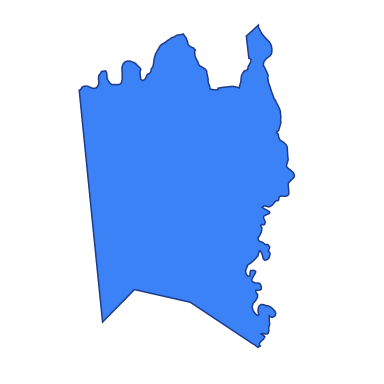 outline of San Pedro Juchatengo, Oaxaca, Mexico, rotated 355°
{"feature_id": "50627088B44061639348759", "entity_name": "San Pedro Juchatengo", "entity_type": "district", "adm_level": 2, "iso_a3": "MEX", "parent_name": "Mexico", "parent_adm1": "Oaxaca", "projection": "robinson", "projection_center": [-97.095, 16.316], "detail": "fine", "context": "isolated", "style": "filled", "palette": "blue", "viewbox_px": 384, "rotation_deg": 355, "n_neighbors": 0, "source": "geoboundaries", "source_scale": "gbopen_adm2", "svg_char_len": 4153}
<svg xmlns="http://www.w3.org/2000/svg" viewBox="0 0 384 384"><g transform="rotate(355 192 192)"><path d="M246.7,351.3L245.8,350.5L245.9,348.9L247.8,346.6L250.2,345.1L252.0,342.5L250.4,340.8L248.5,339.5L250.1,339.0L252.6,339.9L254.3,340.0L255.6,339.3L256.5,337.1L256.5,334.3L257.9,330.4L257.7,326.7L258.2,322.0L259.4,323.2L260.9,324.0L262.7,323.3L264.0,322.5L264.8,320.5L264.4,318.1L261.1,314.0L257.7,311.9L255.8,311.7L253.8,310.5L251.2,310.1L249.3,311.0L248.1,312.9L247.4,315.9L247.7,320.3L245.8,320.5L243.2,316.8L242.4,315.1L241.9,311.5L243.3,308.1L245.6,306.1L248.0,302.7L248.5,300.1L247.7,298.8L246.7,296.6L247.1,295.5L251.1,295.6L252.4,294.9L252.8,292.9L252.4,290.9L251.9,289.5L250.6,288.5L247.1,288.3L245.2,287.0L244.0,286.0L243.7,284.7L245.6,281.7L248.3,277.8L248.5,276.5L247.4,275.7L245.2,275.3L243.5,275.4L242.7,277.5L242.7,279.2L242.4,280.6L240.5,280.9L238.8,278.6L238.4,275.2L241.3,269.4L244.5,267.8L247.8,265.4L251.9,261.7L253.6,257.2L254.5,256.4L255.6,258.0L256.5,260.6L257.2,264.8L258.5,266.3L260.2,266.1L261.7,265.5L262.9,264.5L264.4,260.7L264.1,258.9L262.9,257.8L264.0,255.2L264.6,253.5L263.6,251.8L262.9,250.9L261.0,250.9L259.9,250.3L258.8,249.1L257.6,248.2L254.8,246.9L254.0,245.4L253.6,243.1L254.7,242.6L257.5,238.3L258.0,236.4L258.5,233.8L257.4,231.6L258.4,230.3L259.9,231.0L261.3,230.7L261.9,230.0L262.3,227.9L260.9,223.6L261.4,222.4L262.2,221.8L266.8,220.3L267.6,219.6L267.7,219.0L267.1,218.1L262.2,214.7L260.6,213.5L262.0,212.4L264.1,212.2L266.4,213.4L268.3,213.4L270.8,212.1L273.3,209.5L275.1,208.0L277.0,208.1L277.7,207.4L278.2,204.8L279.5,203.9L282.0,204.0L284.4,204.4L286.8,204.0L288.3,202.4L288.4,200.3L288.5,197.4L288.4,193.6L289.0,191.3L292.1,188.5L293.8,187.3L295.2,185.9L295.5,184.2L295.1,183.0L294.4,181.2L293.1,179.9L291.7,178.5L288.9,175.8L288.3,174.3L288.8,172.8L290.6,168.4L290.5,164.3L290.8,155.7L290.2,153.8L289.2,152.3L287.6,150.5L285.9,149.2L284.3,148.3L283.0,144.1L282.9,141.9L281.3,139.9L283.7,138.2L286.6,130.7L286.6,129.5L286.5,127.3L287.0,125.8L287.0,122.6L287.0,118.9L285.8,114.9L283.8,110.1L283.0,107.6L282.0,106.4L281.0,102.5L279.7,97.8L279.1,94.9L277.7,89.2L277.4,85.1L278.0,82.5L276.9,78.9L274.8,73.2L274.1,72.7L274.4,70.1L275.4,67.9L277.4,65.8L282.0,62.9L283.5,60.5L284.1,57.1L283.8,53.2L283.1,51.2L282.0,49.1L277.9,44.0L275.3,40.3L272.6,33.7L272.7,31.5L259.7,41.4L260.3,63.7L261.6,64.3L262.4,65.7L261.8,67.3L261.6,67.8L259.9,70.5L258.8,72.1L258.1,74.9L256.5,75.6L254.5,76.0L252.6,78.5L251.4,80.6L251.0,82.4L250.7,84.0L250.2,86.5L249.5,88.3L248.1,92.4L247.6,92.1L246.3,91.6L245.1,91.4L243.8,90.8L241.2,90.2L238.8,90.3L236.8,90.4L235.1,90.4L233.7,90.4L230.5,90.5L226.9,90.9L227.0,91.3L227.0,91.7L226.3,92.5L222.5,92.0L221.2,91.6L219.0,91.1L218.9,89.0L218.7,87.3L217.9,85.2L217.7,83.1L217.9,80.3L217.4,76.8L217.1,75.0L217.2,72.8L215.5,70.2L213.5,69.0L212.2,67.8L210.5,66.9L209.5,64.4L209.1,62.5L208.1,60.7L206.9,56.9L206.8,53.4L206.9,51.8L207.8,51.1L207.5,50.6L205.9,48.5L204.5,48.0L202.6,46.6L201.0,44.9L200.8,42.8L200.1,39.9L199.3,37.3L198.2,36.1L197.2,33.8L195.7,34.0L194.3,34.4L191.5,34.3L189.0,35.1L187.8,36.1L185.5,36.3L182.9,38.0L181.1,38.8L179.6,39.8L178.2,40.7L175.4,41.9L173.4,43.3L172.2,44.7L171.3,46.1L170.1,47.8L169.0,49.4L167.8,51.2L167.3,52.5L166.5,54.3L165.5,57.7L165.1,59.6L164.6,61.9L163.8,64.0L162.1,65.8L161.6,68.3L160.8,69.3L160.2,70.1L158.0,70.7L156.8,72.4L155.7,74.9L153.8,76.2L152.4,76.7L150.7,75.0L150.7,72.7L150.6,70.9L150.6,67.8L151.7,65.3L150.7,63.4L149.1,61.8L148.0,60.4L147.1,59.1L145.4,58.0L143.4,57.0L142.0,56.3L138.8,55.9L136.6,56.6L134.8,58.1L133.1,61.7L132.8,65.8L132.9,68.0L132.5,69.5L132.5,72.8L132.0,74.5L131.0,77.3L129.3,78.5L127.6,78.5L125.6,78.5L124.0,78.1L122.0,78.2L120.5,77.2L119.0,75.2L118.3,74.1L117.3,71.5L117.4,67.4L117.2,65.1L116.5,63.8L113.9,64.0L112.3,64.1L110.8,66.5L109.6,67.3L109.0,69.0L108.7,71.4L108.8,73.6L108.7,75.2L108.0,77.4L106.7,79.1L105.2,80.1L103.7,80.2L102.2,80.1L100.4,79.2L98.7,78.3L97.6,77.6L95.5,77.2L93.3,77.2L91.5,78.1L89.7,80.6L88.5,80.7L90.2,211.0L91.1,279.5L91.6,313.7L126.2,284.2L180.7,301.7L223.4,335.8L238.8,348.1L241.3,349.8L243.0,351.6L244.3,352.5L246.7,351.3Z" fill="#3b82f6" stroke="#1e3a8a" stroke-width="1.5"/></g></svg>